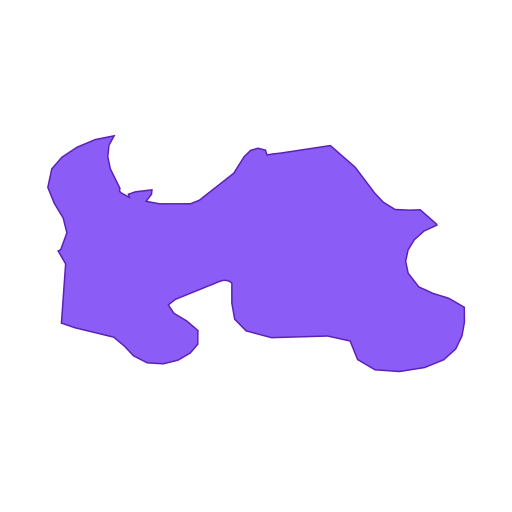 the Territorial Unit of Grigoriopol, rotated 96°
{"feature_id": "MDA-1637", "entity_name": "Grigoriopol", "entity_type": "Territorial Unit", "adm_level": 1, "iso_a3": "MDA", "parent_name": "Moldova", "parent_adm1": "", "projection": "albers", "projection_center": [29.428, 47.137], "detail": "fine", "context": "isolated", "style": "filled", "palette": "violet", "viewbox_px": 512, "rotation_deg": 96, "n_neighbors": 0, "source": "natural_earth", "source_scale": "10m", "svg_char_len": 1355}
<svg xmlns="http://www.w3.org/2000/svg" viewBox="0 0 512 512"><g transform="rotate(96 256 256)"><path d="M206.3,79.3L213.5,91.4L223.2,100.2L234.1,105.4L245.6,106.6L257.2,102.9L269.7,90.9L274.7,76.1L277.9,59.9L285.2,43.5L299.7,41.8L314.0,42.8L327.6,47.7L339.6,58.5L349.3,76.7L355.9,101.3L356.7,125.8L348.4,144.1L330.7,153.5L328.1,176.5L335.6,232.0L331.5,258.0L321.1,270.6L305.4,275.1L285.4,277.2L283.8,280.2L283.3,283.5L283.8,286.7L285.4,290.2L307.5,331.6L313.8,338.1L321.6,331.6L327.9,318.0L336.2,306.0L349.8,304.7L359.3,311.2L367.6,322.5L372.9,336.8L373.6,353.0L368.1,367.4L359.5,377.3L351.6,389.0L346.3,428.5L343.1,442.5L342.7,442.5L283.7,444.5L271.7,453.3L270.3,451.2L270.1,450.9L252.8,446.5L238.4,451.7L224.7,462.1L209.5,470.2L190.7,468.2L180.3,460.9L178.0,459.3L166.4,445.2L157.0,428.0L151.3,409.7L161.3,413.8L172.6,413.8L184.5,410.0L202.9,398.4L205.6,398.6L207.2,397.0L210.7,388.6L210.9,388.1L208.0,389.2L207.9,389.3L204.7,382.4L201.1,366.4L205.5,366.4L212.3,370.5L213.1,371.0L214.2,357.3L210.9,326.6L206.5,318.2L201.0,312.6L176.2,287.0L176.1,286.8L158.5,278.2L154.2,274.6L151.5,272.4L148.6,265.2L149.7,258.1L149.6,257.8L149.9,257.6L154.3,255.6L152.6,249.3L151.2,242.7L138.4,193.6L157.4,166.6L181.1,144.5L189.3,134.9L195.2,122.6L194.4,108.4L192.9,97.5L205.3,80.0L206.2,79.4L206.3,79.3Z" fill="#8b5cf6" stroke="#5b21b6" stroke-width="1.5"/></g></svg>